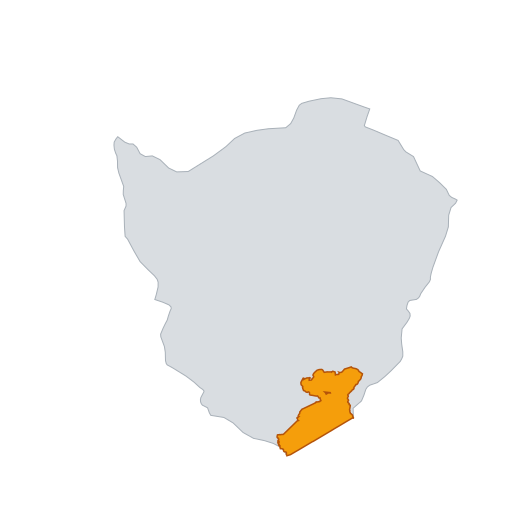 Chiredzi, Masvingo, Zimbabwe (highlighted), rotated 20°
{"feature_id": "62879985B37979176120849", "entity_name": "Chiredzi", "entity_type": "district", "adm_level": 2, "iso_a3": "ZWE", "parent_name": "Zimbabwe", "parent_adm1": "Masvingo", "projection": "natural_earth1", "projection_center": [31.656, -21.413], "detail": "fine", "context": "in_parent", "style": "filled", "palette": "amber", "viewbox_px": 512, "rotation_deg": 20, "n_neighbors": 0, "source": "geoboundaries", "source_scale": "gbopen_adm2", "svg_char_len": 7549}
<svg xmlns="http://www.w3.org/2000/svg" viewBox="0 0 512 512"><g transform="rotate(20 256 256)"><path d="M352.5,432.1L348.5,429.1L343.0,427.1L336.1,426.2L327.1,426.6L316.1,428.2L304.3,426.3L291.6,420.7L281.1,418.7L268.5,421.1L268.0,421.2L265.8,419.3L262.4,415.2L256.6,414.5L255.1,413.5L253.8,412.0L252.9,410.0L252.6,407.9L253.5,401.2L253.0,400.4L251.5,399.6L248.3,398.8L240.8,395.7L231.3,392.8L215.8,389.6L209.8,388.7L208.4,387.7L206.7,385.2L203.7,377.5L200.9,372.4L194.2,364.5L193.1,362.1L193.4,355.9L193.9,350.8L194.5,346.5L194.2,342.5L194.1,337.5L194.3,334.2L193.4,332.8L190.9,331.7L184.1,331.3L175.8,331.5L175.5,326.4L174.6,318.6L173.0,314.1L171.1,311.7L167.3,309.3L159.5,305.9L149.0,300.9L139.9,293.3L129.5,284.0L126.3,282.3L122.4,273.5L116.5,258.5L116.8,253.5L115.9,251.0L110.2,243.6L108.9,239.8L107.9,235.9L98.8,225.0L95.7,220.3L93.4,214.2L91.0,209.4L89.0,207.4L86.4,204.1L84.6,200.4L83.8,197.5L84.4,193.8L85.3,191.2L93.8,193.9L98.5,194.1L102.1,192.8L106.7,194.6L112.1,199.5L118.0,200.4L124.3,197.4L132.9,198.3L143.8,203.2L152.7,204.1L163.4,199.8L172.8,187.8L181.7,176.5L190.4,163.4L195.7,152.9L203.4,144.3L213.7,137.7L224.1,132.2L240.1,125.3L243.3,119.7L244.3,113.5L244.3,105.0L245.1,99.5L246.8,96.9L249.4,95.0L252.9,92.4L263.4,85.9L272.2,81.7L283.0,79.0L294.8,79.0L306.2,79.0L312.6,78.9L312.7,87.2L313.2,96.4L314.5,97.3L323.0,97.5L336.8,98.2L350.0,98.8L358.4,105.5L361.2,106.9L370.0,108.7L381.2,119.9L394.7,121.0L403.9,124.5L412.1,128.3L416.8,132.9L419.8,134.0L423.9,134.3L425.9,134.7L425.5,138.1L422.7,143.7L423.1,151.7L426.8,162.9L427.3,172.6L426.1,189.7L426.1,206.3L426.5,212.2L427.1,216.2L427.9,218.3L427.8,220.8L425.5,227.7L423.7,235.0L423.6,238.0L422.9,240.0L421.6,241.9L415.7,245.2L414.7,247.3L414.8,251.1L415.5,254.3L417.7,255.5L420.3,257.3L421.4,259.7L421.4,262.2L420.5,266.8L418.2,274.5L420.5,283.4L423.1,289.1L426.7,295.8L428.2,299.9L428.1,302.8L427.6,305.7L422.1,317.8L418.2,325.4L413.4,333.4L407.1,338.5L405.5,340.9L404.8,343.7L405.0,349.8L404.7,356.1L399.3,365.9L402.7,374.3L401.9,375.0L400.1,376.2L392.3,385.7L384.5,395.2L378.7,402.2L372.2,410.2L364.9,419.1L358.7,426.7L352.5,432.1Z" fill="#d9dde1" stroke="#a8b0b8" stroke-width="1"/><path d="M344.8,428.7L345.1,428.7L345.5,428.5L346.3,428.2L346.8,428.2L347.4,428.2L347.8,428.4L348.0,428.5L348.2,429.0L348.3,429.3L348.5,429.6L348.7,429.8L349.1,430.1L349.3,430.2L349.8,430.2L350.1,430.2L350.6,430.0L351.4,430.0L351.9,430.5L352.2,431.4L352.4,432.2L352.5,432.3L353.2,432.7L353.4,433.1L356.3,430.9L360.6,425.7L361.8,424.3L372.5,411.2L373.1,410.7L383.7,397.7L388.7,391.5L396.7,381.7L402.0,375.3L402.1,375.2L402.4,375.2L403.0,375.0L403.5,374.8L403.4,374.8L403.1,374.8L402.9,374.7L402.7,374.5L402.6,374.3L402.1,374.1L401.7,373.5L401.5,373.1L401.0,372.5L400.7,372.3L400.3,372.1L399.7,371.9L399.3,371.7L398.9,371.7L398.6,371.6L398.3,371.2L398.1,370.9L397.9,370.7L397.5,370.4L397.2,369.7L397.2,369.3L396.7,368.8L396.5,368.4L396.4,367.9L396.3,367.1L395.8,364.5L395.7,364.2L395.4,363.9L395.1,363.8L394.9,363.8L394.6,363.9L394.3,363.8L394.2,363.6L394.2,363.1L394.1,362.9L393.7,362.8L393.4,362.4L392.9,362.3L392.7,362.2L392.3,362.1L392.0,361.5L391.9,361.1L392.0,361.0L392.2,360.8L392.4,360.6L392.4,360.2L392.1,359.6L391.5,359.1L391.0,359.0L390.7,358.6L390.6,358.2L390.5,357.6L390.7,356.7L390.7,356.1L390.2,355.6L389.9,355.5L389.8,355.2L389.7,354.9L389.8,354.6L389.9,354.3L390.4,353.7L390.5,353.1L390.7,352.8L390.7,352.6L390.7,352.3L390.8,352.1L391.1,351.8L391.2,351.6L391.8,350.4L392.1,349.8L392.1,349.4L392.2,349.2L392.4,348.5L392.5,348.4L392.8,348.4L393.1,348.1L393.2,347.8L393.3,347.5L393.4,347.3L393.4,347.1L393.2,347.0L393.0,346.7L393.0,346.2L393.0,345.8L393.1,345.7L393.2,345.2L393.3,344.6L393.6,344.0L393.7,343.9L393.8,343.7L393.7,343.0L393.8,342.6L394.1,342.3L394.4,342.3L394.7,342.1L395.1,341.5L395.3,340.2L395.1,339.1L395.1,338.9L395.1,338.7L395.3,338.4L395.6,338.1L395.7,337.8L395.8,337.5L395.9,337.3L396.1,336.6L396.3,336.2L396.5,335.6L396.5,334.3L396.4,334.1L396.3,333.9L396.2,333.5L396.2,333.2L396.4,332.8L396.5,332.1L396.5,331.4L396.3,330.3L396.1,330.3L396.1,330.2L395.2,330.1L394.6,329.8L394.4,329.8L394.3,329.7L392.3,329.3L392.1,329.1L391.8,328.9L391.7,328.7L391.5,328.4L390.5,328.0L390.4,327.9L390.2,327.9L388.9,327.7L388.3,327.7L388.0,327.8L387.5,327.8L386.9,327.9L386.5,328.0L385.6,328.1L384.5,328.1L384.0,327.9L383.8,327.7L383.6,327.6L383.4,327.7L383.0,328.0L382.6,328.2L382.4,328.4L382.3,328.6L377.8,332.0L377.3,333.6L377.0,334.3L376.2,336.0L374.5,336.9L373.9,336.9L374.2,337.1L374.1,337.3L374.2,337.5L374.1,337.9L374.1,338.1L374.2,338.6L374.1,338.8L374.1,339.0L372.8,339.6L371.6,340.1L371.3,340.5L370.0,338.0L367.6,338.0L366.8,339.1L366.7,338.9L366.2,339.2L366.3,339.2L364.2,340.0L362.4,340.6L359.9,342.0L357.6,340.3L356.6,340.1L354.2,341.1L352.4,342.5L350.7,345.7L350.7,346.0L350.4,346.7L350.2,347.8L350.3,348.1L350.3,348.5L350.5,348.8L350.8,349.0L351.2,349.3L351.5,349.7L351.6,349.9L351.3,350.8L350.5,353.6L348.5,354.6L347.9,352.8L348.7,352.1L348.1,351.9L347.4,352.4L346.6,352.7L346.0,353.0L345.6,353.1L344.2,354.4L343.4,355.3L343.4,355.1L343.2,355.0L343.3,354.8L343.1,354.6L342.9,354.7L342.6,354.9L342.4,354.8L342.3,354.6L342.1,354.7L341.5,358.7L341.5,359.7L341.7,360.1L342.0,360.8L342.3,361.2L342.5,361.6L343.4,362.0L343.9,362.3L344.3,362.5L344.5,362.6L344.6,362.8L344.6,363.5L345.0,363.9L345.1,364.1L345.3,364.7L345.6,365.0L346.0,365.1L346.2,365.3L346.4,365.7L346.5,366.0L347.0,366.2L347.7,366.1L348.1,366.1L348.8,366.4L349.1,366.6L350.2,366.7L351.1,366.5L351.5,365.8L352.2,365.8L352.9,366.0L353.3,366.7L353.5,367.6L354.1,368.1L355.3,368.0L356.4,367.7L359.6,367.2L360.9,366.9L361.7,366.5L361.8,366.6L362.4,366.8L362.8,367.2L363.0,367.3L363.4,367.7L363.5,367.8L364.0,367.8L364.3,367.7L364.6,367.5L364.9,367.5L365.0,367.7L365.0,368.0L365.1,368.3L365.3,368.6L365.6,368.8L365.8,368.9L366.0,369.2L366.1,369.4L366.5,369.7L366.4,369.9L366.2,369.8L365.9,369.9L365.8,370.1L365.8,370.3L365.7,370.5L365.6,371.0L365.4,371.0L365.0,371.4L364.9,371.4L364.5,371.5L364.3,371.8L364.2,371.8L363.9,372.0L363.5,372.1L363.0,372.4L362.9,372.4L362.9,372.6L362.7,372.7L362.4,372.7L362.1,373.0L362.0,373.4L362.1,373.7L361.9,373.9L361.7,374.0L360.4,375.4L351.5,384.4L351.5,384.8L351.3,385.1L350.8,386.8L350.5,387.4L350.6,388.0L350.8,388.3L350.8,388.8L350.9,389.0L350.9,389.3L350.7,389.7L350.5,390.0L350.3,391.5L350.7,392.0L350.7,392.3L351.0,392.3L350.9,392.4L351.0,392.5L350.9,392.9L350.7,392.9L350.7,393.0L350.3,393.2L350.2,393.5L349.9,393.8L349.9,394.1L349.9,394.3L350.6,394.7L350.7,394.9L350.8,395.0L351.3,395.8L351.6,396.1L352.0,396.2L351.1,396.9L350.7,397.6L350.6,397.9L342.7,414.3L340.8,415.1L339.8,415.7L339.3,415.7L338.7,416.1L338.0,416.4L337.5,416.6L337.3,416.9L337.5,417.6L337.5,418.2L337.8,419.1L338.2,419.4L338.6,419.5L339.1,419.5L339.3,419.9L339.3,420.1L339.7,420.3L340.0,420.3L340.1,420.6L340.2,421.2L340.1,421.3L339.9,421.9L340.3,421.9L340.4,422.1L340.2,422.5L340.1,422.8L340.3,422.9L340.4,422.7L340.7,422.5L340.8,422.5L341.1,422.6L341.3,422.7L341.4,422.9L341.4,423.1L341.2,423.4L340.7,423.2L340.5,423.4L340.4,423.6L340.4,423.8L340.5,423.8L340.4,424.1L340.6,424.2L340.9,424.2L341.0,424.2L341.1,424.3L341.2,424.8L341.3,425.0L341.6,425.0L341.9,424.9L342.1,425.0L342.0,425.4L342.1,425.6L342.0,425.8L342.1,426.0L342.5,426.0L342.8,426.4L343.0,426.4L343.3,426.1L343.5,426.2L343.5,426.3L343.5,426.6L343.6,426.8L343.9,427.3L344.1,427.5L344.2,427.8L344.8,428.6L344.8,428.7ZM367.2,360.3L372.5,359.0L372.7,359.3L372.0,359.5L371.0,359.9L370.4,360.0L370.2,360.2L370.1,360.4L370.0,360.8L369.2,361.8L367.9,360.6L367.2,360.3Z" fill="#f59e0b" stroke="#b45309" stroke-width="1.5"/></g></svg>